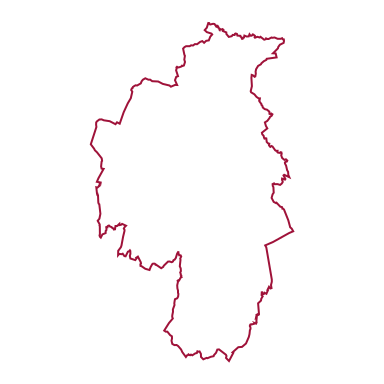 Huasca de Ocampo, Hidalgo, Mexico
{"feature_id": "50627088B83371137929766", "entity_name": "Huasca de Ocampo", "entity_type": "district", "adm_level": 2, "iso_a3": "MEX", "parent_name": "Mexico", "parent_adm1": "Hidalgo", "projection": "natural_earth1", "projection_center": [-98.54, 20.223], "detail": "fine", "context": "isolated", "style": "outline", "palette": "rose", "viewbox_px": 384, "rotation_deg": 0, "n_neighbors": 0, "source": "geoboundaries", "source_scale": "gbopen_adm2", "svg_char_len": 5941}
<svg xmlns="http://www.w3.org/2000/svg" viewBox="0 0 384 384"><path d="M283.8,39.4L282.7,39.3L282.1,38.2L280.6,38.8L277.6,38.8L274.6,37.5L272.1,37.8L271.5,37.5L268.6,39.0L267.4,39.0L266.1,38.4L265.8,39.2L264.2,39.7L260.5,36.8L259.7,37.5L257.3,36.8L255.0,37.7L254.6,37.3L254.9,35.8L253.2,34.5L252.7,34.4L252.1,35.4L251.1,35.8L250.5,35.7L249.5,34.3L248.7,36.4L246.6,36.5L244.4,35.6L244.0,37.5L243.2,37.6L242.8,38.7L242.1,38.9L241.2,37.1L240.5,36.6L240.4,35.8L237.4,35.6L236.9,33.9L235.6,33.5L235.0,33.8L234.6,35.0L232.7,34.9L231.7,36.2L228.8,36.9L226.4,34.0L226.3,32.4L222.8,31.0L222.8,30.5L223.4,29.9L222.6,29.1L221.7,29.5L220.2,29.1L219.8,30.1L219.4,29.7L219.3,28.4L218.3,27.7L218.4,27.1L217.6,25.8L217.2,25.7L217.0,26.8L216.4,26.8L214.5,24.0L213.1,23.8L210.2,24.5L209.4,24.0L209.2,23.1L208.3,23.0L206.8,27.7L204.7,30.1L206.8,32.1L211.5,33.6L212.2,34.5L210.3,36.6L208.8,40.4L206.2,40.8L204.1,42.8L202.3,41.1L200.1,41.9L197.1,44.2L194.9,44.1L193.0,45.5L191.1,45.3L189.7,46.2L186.1,46.2L184.5,47.1L183.1,48.6L184.4,54.8L184.9,55.8L184.3,59.6L185.0,62.0L183.9,65.5L182.5,66.0L182.0,65.7L181.4,66.5L179.5,67.2L178.0,67.5L177.0,66.8L176.4,67.4L176.6,68.6L176.1,70.3L178.0,76.2L176.2,76.9L175.0,80.2L177.1,85.0L175.1,84.9L170.9,86.7L169.5,85.5L162.8,83.9L158.2,81.5L152.2,81.2L150.2,79.7L148.4,79.7L145.3,78.3L142.9,79.7L141.6,81.3L140.8,83.4L137.1,85.5L135.6,85.3L134.3,86.0L132.9,87.0L132.5,88.2L131.8,88.4L131.2,90.0L132.3,91.7L130.8,98.2L127.8,103.3L123.7,112.2L119.7,123.7L117.0,122.3L115.5,124.2L109.7,121.2L103.8,120.3L101.7,119.4L99.4,119.5L97.0,121.3L96.2,122.4L96.1,124.7L96.4,127.0L90.8,144.3L94.1,148.7L94.9,150.3L97.0,152.3L101.7,158.3L102.1,160.9L101.6,161.6L101.1,166.5L101.6,168.6L103.6,168.9L98.4,178.3L96.9,181.8L100.7,182.5L100.5,183.7L99.7,183.6L99.6,184.8L98.9,185.9L99.3,186.0L97.4,187.6L96.3,187.3L97.0,193.7L97.4,193.7L97.5,195.2L98.0,195.3L98.3,202.3L98.6,203.6L99.3,204.3L100.4,213.8L99.4,218.7L97.7,220.8L99.7,224.4L99.5,225.6L99.8,225.9L99.9,234.5L99.5,235.2L99.9,236.7L100.8,237.6L102.4,234.4L105.6,233.1L105.7,230.9L106.3,230.3L106.5,229.0L106.3,227.6L106.6,227.7L106.8,227.1L107.5,227.2L107.7,226.1L108.5,225.6L109.2,225.6L109.9,226.5L111.6,227.1L112.5,228.2L113.5,228.4L113.9,229.5L115.0,229.3L115.5,226.0L117.1,226.0L119.4,223.8L119.5,225.1L121.0,224.8L122.1,223.9L126.0,225.7L124.6,227.1L123.8,228.6L124.5,229.8L124.5,230.9L123.1,236.7L121.5,245.4L120.9,247.2L118.2,250.8L118.1,255.2L119.2,253.9L121.7,254.2L122.7,253.7L124.4,256.1L125.6,256.3L127.9,251.7L129.0,251.3L129.9,250.3L130.3,250.9L130.4,253.9L129.8,255.9L130.4,258.5L135.3,260.1L136.7,258.1L136.3,257.7L137.9,256.6L140.8,262.3L141.0,263.6L140.4,264.2L140.5,265.9L141.4,266.1L145.3,268.8L149.5,270.0L150.6,267.1L152.3,264.1L152.9,263.7L154.7,263.7L155.7,264.4L155.5,265.6L156.1,264.7L161.2,268.2L163.2,266.9L163.8,265.7L168.0,261.6L169.7,261.5L171.6,262.2L172.4,261.9L173.0,261.4L173.5,260.2L174.7,259.6L175.8,258.0L177.1,253.7L178.5,251.4L178.4,253.1L179.2,255.3L180.6,255.3L181.2,256.5L180.2,258.6L180.5,259.8L179.8,266.3L180.7,268.4L180.9,271.1L180.2,272.5L180.8,274.1L180.7,274.9L181.3,275.5L181.0,276.6L181.5,277.1L180.6,277.7L179.1,280.5L178.3,280.2L177.6,280.8L178.0,281.7L177.2,285.3L177.4,288.4L178.0,290.5L178.0,292.9L178.4,293.9L178.1,296.6L177.2,298.3L175.0,299.2L174.7,300.6L174.3,303.3L174.5,305.0L172.9,309.4L173.0,311.8L172.3,315.2L172.2,316.9L172.8,318.5L169.0,323.0L164.2,330.6L165.8,331.7L167.4,331.7L170.1,335.1L171.9,336.3L172.0,338.5L171.5,340.7L172.3,343.9L174.4,345.1L176.6,345.0L178.2,346.1L181.1,349.5L182.3,352.1L185.9,357.0L187.1,355.3L188.2,355.0L188.5,354.4L189.6,355.1L190.3,355.2L191.0,354.6L192.3,355.3L195.4,353.3L196.8,353.1L197.4,351.3L199.0,351.8L199.6,351.5L200.9,353.9L201.0,356.9L203.3,359.3L206.6,357.9L207.5,358.2L210.8,356.8L213.6,356.2L214.0,355.1L216.1,352.7L217.3,349.6L219.0,349.4L225.9,354.7L226.5,356.0L226.0,357.9L229.0,361.0L233.3,352.9L232.5,352.4L238.3,347.2L242.0,346.9L246.0,343.5L248.8,337.0L249.5,334.1L249.9,330.2L250.5,328.9L250.4,327.1L249.9,326.4L249.9,325.3L250.7,324.2L250.5,323.5L251.1,324.6L255.1,323.5L254.8,323.1L256.1,323.6L256.6,322.3L256.3,322.1L256.7,317.8L255.9,318.2L256.4,315.8L257.0,315.5L256.6,314.8L257.8,314.1L258.7,314.7L259.0,314.3L258.1,303.3L261.0,300.6L261.3,298.7L262.7,296.3L261.6,295.2L261.8,291.5L262.7,294.0L263.8,294.0L264.4,292.7L266.4,293.8L267.9,290.4L267.4,290.1L269.0,286.8L270.3,288.5L271.5,288.1L271.0,285.0L271.8,281.8L271.8,279.5L266.3,247.4L265.2,245.4L273.0,242.0L289.2,233.0L293.2,231.3L291.7,228.6L290.2,227.3L288.3,220.3L284.0,209.5L282.8,208.5L282.4,208.6L282.0,207.1L280.3,206.7L276.5,202.7L276.0,203.1L273.7,201.9L271.6,197.9L272.6,194.3L273.7,192.7L273.4,187.1L272.8,186.0L272.6,184.1L274.0,183.4L274.5,184.2L277.5,184.1L280.1,184.9L281.6,183.7L282.6,182.3L282.7,181.4L282.0,179.8L282.1,178.6L285.0,179.6L285.4,179.0L283.5,175.4L284.2,174.8L289.3,177.2L288.3,174.9L288.1,171.9L287.1,170.1L286.1,165.7L285.0,163.5L284.9,162.5L285.3,162.0L286.9,161.5L287.3,160.6L285.9,159.3L284.7,159.9L283.9,159.5L282.1,157.9L281.2,155.2L281.7,153.8L281.4,152.4L280.6,152.2L279.9,152.9L277.9,152.6L277.3,152.0L277.5,150.8L276.0,150.8L275.2,150.3L272.5,146.5L271.4,146.0L270.4,146.9L270.0,146.7L269.0,145.3L269.3,143.7L268.1,143.4L266.7,141.9L266.3,138.4L265.8,138.2L264.5,138.6L264.0,137.6L263.6,135.7L262.3,134.4L261.9,132.7L267.3,128.4L265.9,125.9L264.9,122.4L267.3,120.9L269.6,117.9L269.9,117.0L271.7,115.7L272.4,114.3L271.2,113.5L270.3,114.1L269.5,113.9L269.3,111.6L267.0,109.7L264.7,109.1L262.8,107.5L262.5,106.1L261.4,104.8L261.5,104.2L259.3,101.2L259.2,100.4L259.6,100.2L259.9,98.4L258.7,98.4L256.5,96.9L254.4,94.3L251.1,92.3L250.7,91.2L251.9,86.2L251.4,77.9L251.7,74.9L252.9,75.3L254.6,76.8L255.3,76.4L255.8,73.6L255.6,71.6L256.1,69.2L258.1,65.9L260.9,64.3L261.4,63.3L263.8,61.2L266.3,59.9L266.7,58.8L276.6,57.4L275.7,53.5L273.0,53.3L277.9,48.4L278.3,46.9L279.9,44.7L283.6,42.9L284.0,41.0L283.8,39.4Z" fill="none" stroke="#9f1239" stroke-width="2"/></svg>